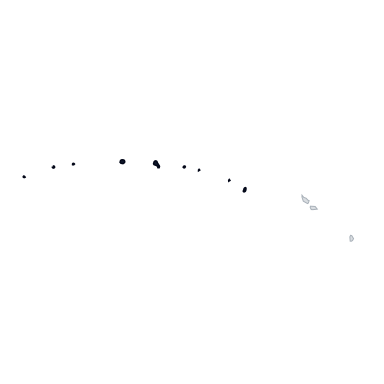 Northern Mariana Islands, with Northern Islands highlighted, rotated 283°
{"feature_id": "MNP-4940", "entity_name": "Northern Islands", "entity_type": "state/province", "adm_level": 1, "iso_a3": "MNP", "parent_name": "Northern Mariana Islands", "parent_adm1": "", "projection": "albers", "projection_center": [145.557, 18.447], "detail": "fine", "context": "in_parent", "style": "filled", "palette": "ink", "viewbox_px": 384, "rotation_deg": 283, "n_neighbors": 0, "source": "natural_earth", "source_scale": "10m", "svg_char_len": 1951}
<svg xmlns="http://www.w3.org/2000/svg" viewBox="0 0 384 384"><g transform="rotate(283 192 192)"><path d="M210.1,306.8L209.9,308.1L207.4,307.8L206.7,307.2L208.1,302.5L211.8,300.3L213.6,299.9L211.9,302.1L211.6,304.6L210.1,306.8ZM205.6,315.2L203.5,317.9L202.0,313.8L201.7,312.1L203.7,310.6L204.8,310.6L205.6,315.2ZM185.4,357.5L182.9,359.9L181.1,359.4L180.0,358.6L179.7,357.2L183.8,355.9L185.5,356.3L185.4,357.5ZM211.2,153.2L208.8,154.4L211.7,149.3L212.6,148.4L214.0,150.2L211.2,153.2ZM207.7,117.6L206.2,119.5L205.0,118.1L204.6,115.3L206.8,115.6L207.6,116.1L207.7,117.6ZM208.0,243.9L206.9,244.3L205.3,244.1L204.2,243.3L203.9,241.9L207.2,241.8L208.4,242.9L208.0,243.9Z" fill="#d9dde1" stroke="#a8b0b8" stroke-width="1"/><path d="M210.8,148.2L212.9,148.3L213.5,148.6L214.0,149.1L214.2,149.8L214.0,150.7L213.6,151.1L213.0,151.5L212.4,151.9L210.2,154.2L209.5,154.6L208.3,154.5L208.0,153.3L209.3,152.6L209.8,151.4L210.1,148.9L210.8,148.2ZM205.4,119.6L204.1,118.4L204.0,116.3L204.8,115.2L206.7,115.3L207.4,116.1L207.7,116.7L207.8,117.4L207.8,118.3L207.6,118.9L207.0,119.4L206.2,119.7L205.4,119.6ZM207.9,242.5L208.3,243.2L208.0,243.6L207.2,243.8L205.9,243.9L205.2,243.9L204.6,243.7L204.1,243.2L203.8,242.7L203.9,242.2L204.3,241.8L205.1,241.8L205.8,242.0L207.3,242.1L207.9,242.5ZM215.0,179.9L213.9,179.4L213.7,178.6L214.0,177.9L214.8,177.9L215.4,178.3L215.7,178.9L215.6,179.5L215.0,179.9ZM185.2,52.6L184.7,52.4L184.3,52.0L184.1,51.5L184.2,50.9L184.7,50.4L184.9,50.7L185.0,51.2L185.0,51.5L185.3,51.4L185.8,51.3L186.2,51.2L186.3,51.4L186.2,51.8L186.0,52.2L185.6,52.4L185.2,52.6ZM192.8,71.2L192.1,70.8L191.7,70.1L191.7,69.5L192.4,69.3L193.0,69.5L193.3,70.1L193.2,70.7L192.8,71.2ZM168.9,26.1L168.4,25.6L168.3,24.9L168.5,24.3L169.1,24.1L169.7,24.4L169.7,25.0L169.4,25.6L168.9,26.1ZM211.8,226.4L210.8,225.4L211.7,225.1L212.6,225.5L211.8,226.4ZM215.1,194.6L214.1,193.6L214.9,193.4L215.7,193.8L215.1,194.6Z" fill="#0f172a" stroke="#020617" stroke-width="1.5"/></g></svg>